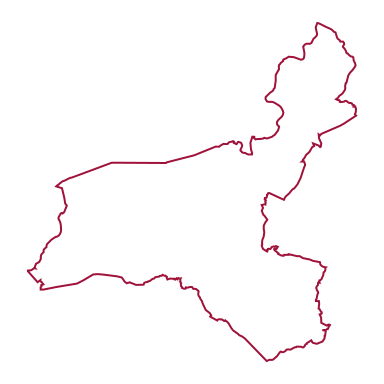 outline of El Limón, Jalisco, Mexico
{"feature_id": "50627088B95926354203018", "entity_name": "El Limón", "entity_type": "district", "adm_level": 2, "iso_a3": "MEX", "parent_name": "Mexico", "parent_adm1": "Jalisco", "projection": "mercator", "projection_center": [-104.085, 19.851], "detail": "fine", "context": "isolated", "style": "outline", "palette": "rose", "viewbox_px": 384, "rotation_deg": 0, "n_neighbors": 0, "source": "geoboundaries", "source_scale": "gbopen_adm2", "svg_char_len": 5982}
<svg xmlns="http://www.w3.org/2000/svg" viewBox="0 0 384 384"><path d="M56.2,186.4L62.0,188.2L64.3,197.8L65.2,203.5L66.8,205.6L64.2,212.1L62.6,213.5L61.9,213.0L60.8,213.4L58.5,217.5L58.7,219.6L59.3,220.1L60.4,222.9L60.8,225.2L61.1,230.0L60.8,232.0L60.0,233.9L58.6,235.7L57.2,236.6L55.6,236.9L51.4,239.7L47.0,244.2L46.5,245.7L46.5,247.0L44.2,249.1L43.6,250.1L43.6,252.1L41.5,254.3L40.9,255.8L40.8,259.0L39.2,262.0L36.0,263.8L34.9,266.7L34.9,267.9L35.3,268.4L34.0,268.2L31.6,270.0L30.3,270.4L28.0,270.5L27.9,271.2L37.6,282.2L40.3,280.2L40.2,280.9L41.0,281.7L41.4,281.8L43.4,284.4L41.2,285.2L41.5,285.8L41.4,286.6L40.6,287.3L40.7,289.6L41.8,289.4L42.8,289.7L56.4,287.0L76.9,283.6L83.4,280.3L93.1,274.5L97.3,274.1L102.5,274.5L116.8,276.3L120.0,277.0L121.9,277.6L124.7,281.7L126.9,283.3L128.2,282.7L128.9,282.8L129.6,282.3L136.0,284.9L143.6,284.7L144.3,282.8L145.7,282.2L147.9,281.8L148.1,281.4L149.8,281.0L152.5,278.9L154.2,278.5L155.3,277.2L159.4,276.5L159.8,275.9L161.7,275.7L162.5,274.8L164.6,275.8L165.6,275.7L166.2,276.5L166.9,276.9L166.7,277.6L167.4,279.5L169.9,278.6L174.3,278.8L174.3,279.3L175.1,279.6L175.5,278.9L176.1,279.1L176.7,278.3L177.6,279.2L177.9,278.5L178.4,278.1L178.8,278.5L180.7,278.4L180.3,279.2L180.4,281.5L180.1,281.8L181.2,283.2L180.8,284.0L181.0,285.6L181.1,286.2L181.8,286.8L182.0,287.9L183.9,288.7L185.6,288.6L185.9,287.4L187.4,287.7L189.9,287.0L192.0,287.0L193.3,288.9L194.9,288.8L196.4,289.2L198.6,291.2L198.2,294.1L198.6,295.8L199.9,297.4L200.2,298.6L202.0,301.2L202.6,303.3L205.7,309.9L209.9,313.2L211.2,315.4L210.2,316.6L217.2,320.5L217.7,319.6L219.6,319.2L221.0,319.5L221.9,319.4L224.2,321.0L225.0,320.9L225.3,320.4L227.7,322.3L228.7,323.6L231.4,328.2L233.1,330.4L238.3,334.1L239.1,335.1L242.0,336.4L244.8,338.4L266.7,361.0L269.4,359.8L271.8,359.9L273.1,359.6L277.1,356.1L280.0,352.1L280.7,351.6L282.0,352.1L283.4,352.1L285.3,351.1L286.5,349.7L287.8,349.4L290.7,349.6L293.5,347.9L295.3,347.2L296.1,347.2L296.9,346.6L301.5,346.8L302.5,347.4L303.3,347.4L304.6,346.3L304.8,345.5L305.7,344.3L306.7,343.9L306.7,343.3L311.3,340.3L312.4,342.3L313.1,342.9L316.8,343.8L322.5,341.5L324.6,338.3L324.6,335.9L325.1,335.8L325.8,330.5L323.2,330.3L323.2,330.1L324.7,329.9L325.8,330.2L327.0,329.1L328.0,328.9L328.6,327.0L330.0,325.0L329.2,324.6L328.3,324.6L326.7,325.6L321.3,322.8L321.1,317.5L319.7,314.4L321.1,314.0L321.7,313.4L321.7,312.3L321.3,312.2L319.3,308.8L318.6,308.6L319.2,303.8L318.9,301.1L315.9,301.0L315.9,300.0L316.7,298.4L317.0,296.4L317.7,293.7L318.2,293.0L318.0,291.7L317.1,290.6L316.2,287.8L316.8,286.4L317.9,285.1L318.1,282.9L319.5,282.8L318.9,282.0L318.9,281.4L319.5,281.2L319.6,280.3L320.4,280.1L321.5,279.1L323.3,275.0L323.6,272.4L324.7,271.5L325.4,269.8L325.3,267.5L325.6,267.3L323.2,266.8L321.5,265.8L320.3,264.4L320.0,262.2L312.8,260.8L309.8,259.5L302.9,258.1L299.6,256.1L297.2,256.2L288.7,254.2L288.7,254.8L284.0,254.9L283.4,255.4L283.4,255.8L281.0,255.4L278.1,253.9L278.4,253.3L274.5,250.1L274.1,249.1L274.4,248.8L275.7,249.2L276.5,248.9L277.8,246.8L275.8,246.1L275.2,246.8L273.8,246.4L271.7,247.1L270.5,248.9L267.9,249.0L267.2,252.0L267.4,249.7L266.9,250.1L266.7,251.3L263.1,249.0L262.5,247.9L261.7,245.3L262.3,244.4L262.0,243.0L262.4,239.8L263.7,236.6L264.3,232.2L263.7,228.9L263.8,225.5L265.4,222.3L267.3,219.7L264.6,215.9L263.3,214.7L262.6,213.0L261.8,210.7L263.0,207.9L261.7,205.0L265.1,204.2L265.4,204.4L265.7,202.6L265.2,201.8L265.9,200.3L264.7,199.5L264.9,198.0L266.4,197.8L266.9,196.6L267.0,194.8L267.6,194.6L268.1,193.2L269.1,193.0L269.9,193.3L283.9,199.8L285.1,197.3L286.1,196.1L289.1,193.5L291.5,190.5L293.1,188.9L294.2,188.5L297.5,184.3L300.6,178.0L304.1,167.4L304.9,165.7L305.1,164.5L304.1,161.5L301.9,161.5L303.1,160.4L303.0,159.6L304.3,158.2L306.3,154.6L307.6,153.7L309.6,151.7L312.1,147.2L314.1,146.1L313.1,143.4L318.6,145.5L320.1,147.1L320.8,146.6L321.3,143.4L319.1,138.6L318.7,134.4L320.0,135.4L321.3,133.9L340.2,125.7L344.3,123.4L356.1,115.6L354.9,114.3L355.8,112.1L356.0,108.4L355.2,107.3L355.2,106.4L353.5,106.6L353.8,105.1L352.4,104.7L352.1,103.7L351.3,103.1L349.0,102.9L346.2,100.9L345.1,100.9L344.0,101.7L340.2,102.1L339.7,101.8L339.8,100.8L339.4,100.2L337.6,100.0L336.1,99.2L337.9,97.9L339.3,95.9L342.4,93.6L344.2,91.0L345.0,89.6L345.3,88.0L345.1,86.3L345.5,83.9L345.9,83.6L345.8,83.0L346.6,82.3L348.3,75.4L350.1,72.6L352.6,70.0L354.7,67.1L355.6,65.4L355.0,63.1L353.7,60.5L353.3,57.3L352.2,56.6L350.7,56.4L348.8,54.8L347.6,53.4L346.9,53.3L346.4,52.8L345.9,51.0L344.9,49.1L343.0,47.0L342.9,46.5L344.2,44.2L343.9,42.7L343.0,41.6L340.3,41.6L339.7,40.2L338.1,39.1L337.1,37.7L335.5,32.4L334.1,31.9L331.6,29.5L328.8,28.1L326.6,27.2L319.2,23.5L317.3,23.0L315.7,27.4L317.1,34.1L316.8,35.4L315.6,36.9L313.4,38.9L311.4,43.0L309.8,43.8L306.5,43.7L304.7,44.7L303.2,46.6L304.4,52.8L304.3,56.0L303.8,58.2L302.7,59.3L300.8,59.7L294.0,57.2L288.8,56.7L285.6,58.6L283.4,59.5L283.1,60.1L283.2,60.9L280.7,63.0L280.1,64.0L279.1,64.9L278.8,66.4L279.0,69.2L275.7,75.0L275.7,80.9L274.7,87.9L273.6,89.1L273.3,90.2L272.2,91.3L270.2,92.6L265.7,97.0L265.5,98.9L266.9,101.4L268.3,101.8L272.3,101.9L273.1,102.1L274.8,102.9L279.3,105.7L281.0,107.3L282.7,110.4L283.4,112.6L282.9,114.7L281.9,116.5L277.9,120.4L277.0,122.0L276.9,123.6L277.5,125.1L279.1,126.5L278.6,128.8L277.8,130.8L274.6,135.0L273.3,135.7L272.0,136.8L266.9,138.5L264.2,137.8L263.3,138.5L260.1,139.0L257.5,139.0L255.5,139.4L254.0,138.1L254.4,137.4L254.3,136.8L252.3,136.7L250.4,143.0L251.0,149.4L252.1,153.1L252.0,154.4L248.4,154.5L246.7,153.9L245.5,153.1L242.6,152.6L241.9,152.2L241.6,151.5L240.7,150.9L240.4,150.1L240.7,149.1L241.9,146.9L242.2,145.4L241.1,142.8L238.6,141.9L237.8,142.1L236.9,143.8L236.2,144.2L234.5,142.8L234.1,143.1L233.6,142.7L234.0,141.7L233.6,141.3L232.6,141.2L231.5,141.7L229.6,142.1L228.5,142.7L227.9,143.7L227.0,144.1L223.4,143.9L220.1,145.8L219.3,146.7L215.7,146.6L194.2,155.3L166.5,162.4L166.0,163.0L111.8,162.7L71.7,177.6L70.0,177.9L64.5,180.7L62.7,181.2L59.4,183.7L58.4,184.8L57.2,185.4L56.2,186.4Z" fill="none" stroke="#9f1239" stroke-width="2"/></svg>